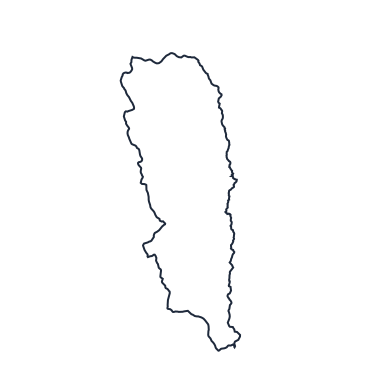 Algeciras, Huila, Colombia (Albers equal-area conic projection), rotated 130°
{"feature_id": "7082276B40300003971845", "entity_name": "Algeciras", "entity_type": "district", "adm_level": 2, "iso_a3": "COL", "parent_name": "Colombia", "parent_adm1": "Huila", "projection": "albers", "projection_center": [-75.312, 2.512], "detail": "fine", "context": "isolated", "style": "outline", "palette": "slate", "viewbox_px": 384, "rotation_deg": 130, "n_neighbors": 0, "source": "geoboundaries", "source_scale": "gbopen_adm2", "svg_char_len": 6044}
<svg xmlns="http://www.w3.org/2000/svg" viewBox="0 0 384 384"><g transform="rotate(130 192 192)"><path d="M149.1,319.7L152.4,318.3L153.2,317.4L155.6,313.6L155.8,312.9L156.1,310.9L156.6,310.1L156.7,309.2L157.0,308.1L158.6,305.7L159.4,303.6L159.8,301.3L161.5,297.4L162.1,295.0L163.8,291.6L164.8,290.4L165.6,289.9L167.6,290.6L171.0,292.8L171.9,293.1L172.7,294.5L173.7,294.7L174.3,294.6L177.9,292.8L180.2,289.2L180.6,287.6L182.1,286.4L182.8,284.3L183.3,281.9L183.6,281.3L184.0,280.8L186.1,280.5L187.3,280.0L188.5,279.1L189.6,277.8L190.7,275.5L191.5,274.3L193.9,269.5L193.9,268.6L192.8,265.1L192.9,263.9L193.6,262.6L193.3,260.5L193.9,259.2L196.5,256.2L197.5,254.8L198.4,251.8L199.5,250.8L200.7,250.5L201.9,250.8L203.5,252.0L204.5,252.0L205.1,251.4L205.7,250.1L206.2,246.6L206.8,245.9L208.0,245.3L209.6,244.2L210.2,243.4L210.9,241.6L211.3,241.2L211.9,239.4L212.9,239.0L214.9,238.7L217.9,237.2L218.0,235.6L217.3,234.5L216.7,233.9L216.0,232.2L216.0,231.5L219.7,228.2L221.1,225.2L223.6,222.1L225.9,220.1L227.0,218.8L228.9,215.7L230.3,214.1L230.9,212.7L231.4,209.1L231.8,207.7L233.1,205.3L234.0,202.8L233.5,199.7L234.6,198.2L234.1,196.2L233.1,195.4L233.4,192.3L234.1,191.9L235.4,192.4L236.0,192.4L237.3,192.7L242.4,192.6L244.9,193.2L247.1,194.1L248.0,194.1L249.8,193.4L251.0,192.3L255.5,191.8L256.8,192.3L257.3,192.8L259.1,193.5L262.3,195.6L263.7,195.4L264.5,195.1L266.9,191.1L268.0,187.9L268.2,186.6L268.4,186.0L268.8,185.4L270.0,184.6L270.2,183.9L268.2,182.8L266.9,181.6L265.9,181.2L264.9,181.1L264.5,180.9L264.0,180.3L264.3,179.0L265.4,176.9L267.7,175.4L268.8,173.1L269.1,171.8L271.3,168.9L271.5,168.0L271.4,166.3L271.6,165.8L272.1,165.2L277.0,162.0L277.5,161.3L277.3,158.6L279.8,157.6L280.3,157.1L280.6,156.4L281.0,152.3L282.1,151.2L282.5,150.3L282.1,148.7L282.1,147.9L282.6,146.1L282.6,145.3L282.9,144.8L284.0,143.9L290.2,141.0L294.4,137.9L295.1,137.1L296.3,136.5L297.0,135.9L297.0,135.4L295.8,133.3L295.7,131.7L296.1,130.3L296.1,129.4L295.3,128.6L294.2,127.9L292.8,126.0L292.5,125.3L290.0,122.4L288.3,121.1L285.7,118.8L286.0,113.9L285.5,112.6L285.2,110.1L284.0,108.0L283.4,107.5L282.0,104.1L281.6,101.8L281.9,99.4L283.0,94.5L284.2,93.0L286.9,90.5L287.9,90.1L291.1,87.7L291.9,86.5L292.3,83.7L293.5,81.3L293.7,79.1L294.1,77.4L294.8,75.6L296.0,73.8L296.3,72.9L296.6,69.8L295.9,69.3L293.7,69.0L293.2,68.8L291.0,66.8L289.9,66.1L288.6,65.6L286.8,65.6L286.1,65.4L284.6,63.5L283.9,63.3L283.2,62.8L282.6,62.7L282.4,62.3L282.5,61.6L282.8,60.5L283.5,60.0L283.6,59.6L282.4,59.9L280.9,62.2L279.8,62.7L278.9,62.9L275.5,61.5L271.9,62.3L270.6,63.3L270.3,67.6L271.5,69.5L270.0,71.4L269.8,72.5L269.2,73.9L270.9,76.4L270.8,77.3L269.1,80.6L265.0,82.0L263.3,82.9L261.9,84.2L260.2,86.6L259.8,87.5L259.2,87.9L257.6,88.2L254.2,90.3L253.1,90.2L251.7,90.4L251.1,91.0L250.4,92.7L250.3,94.3L249.7,95.1L249.7,96.2L249.0,97.8L248.3,98.3L247.1,98.6L245.4,97.9L242.5,98.7L239.9,101.5L240.4,103.2L240.0,103.7L237.2,104.9L236.1,105.7L236.2,106.3L235.3,107.2L234.0,107.9L231.6,109.8L230.2,110.4L229.1,111.5L228.5,111.7L223.4,111.9L222.9,113.2L222.3,114.1L221.8,117.8L219.9,118.0L218.0,119.0L216.4,119.4L214.4,120.4L213.0,120.7L211.8,120.6L210.8,121.0L210.4,122.7L210.0,123.2L210.5,124.9L210.2,125.9L209.6,126.0L208.2,127.5L207.6,128.0L206.8,127.9L205.5,128.0L203.4,128.6L202.9,129.3L201.0,129.6L200.6,129.9L200.2,130.8L199.3,131.2L197.8,132.3L196.9,132.7L196.1,133.9L196.0,134.8L194.9,136.1L195.3,137.5L195.2,137.9L195.0,138.3L193.4,139.8L193.3,140.6L193.1,140.8L191.7,140.8L189.9,141.9L189.4,142.5L189.1,143.8L187.7,144.9L186.7,145.3L185.9,146.9L184.6,147.9L184.6,148.3L184.9,148.7L184.7,149.0L185.0,149.3L184.9,149.9L186.2,150.8L185.8,151.9L186.1,152.8L185.9,153.5L185.1,153.2L184.1,153.7L183.7,154.4L182.7,154.7L181.0,154.6L180.4,155.1L180.1,155.7L178.9,156.3L178.4,157.2L176.8,157.6L175.7,158.3L175.5,158.8L174.7,158.9L174.0,158.6L173.1,159.6L171.3,160.5L171.4,160.8L170.9,161.7L169.7,162.5L169.3,163.2L168.1,163.7L167.6,164.2L167.0,164.4L166.4,164.3L165.3,163.8L163.5,163.8L162.8,163.5L161.2,163.1L160.5,163.6L159.9,164.7L159.2,164.7L157.8,165.1L156.9,164.8L155.5,164.7L154.7,165.0L153.8,165.6L154.5,166.8L154.5,167.6L154.8,167.8L154.8,168.2L154.9,169.4L154.2,170.1L153.8,171.1L154.4,171.9L152.9,171.6L152.6,171.7L152.5,172.0L152.7,172.5L151.5,172.5L151.6,173.0L151.0,174.2L150.0,174.9L150.1,175.5L149.7,176.3L149.4,177.7L148.9,178.6L148.9,179.6L147.9,179.9L147.7,180.3L147.0,180.7L146.0,180.7L145.4,181.0L144.7,181.6L144.4,182.2L144.4,183.2L144.6,183.5L144.3,184.7L144.2,185.6L144.0,186.5L143.2,187.5L143.0,188.0L142.5,188.3L141.8,189.1L141.2,189.2L140.3,190.2L138.9,191.2L137.8,191.1L136.2,191.8L135.0,192.1L133.2,193.2L131.8,193.6L131.7,194.0L130.4,195.1L129.1,196.6L129.0,197.2L129.3,198.3L128.8,199.7L128.1,201.0L127.5,201.8L125.9,202.9L125.6,203.5L125.0,204.2L124.4,205.5L123.6,206.1L123.3,207.0L122.2,207.3L122.0,207.7L122.1,208.2L121.5,208.8L121.2,211.2L120.7,212.5L119.1,214.6L118.5,215.1L117.4,215.5L116.4,215.6L115.4,216.0L113.9,217.2L113.0,218.3L112.5,219.7L110.6,220.9L110.2,221.6L110.2,222.4L109.7,223.6L109.7,224.5L110.0,225.6L109.1,226.2L106.5,227.6L106.5,229.1L105.9,230.1L103.1,231.6L100.5,231.2L98.9,231.5L98.2,232.2L98.4,233.7L98.2,235.3L97.7,236.4L96.5,237.8L95.2,238.5L94.8,239.0L94.7,240.2L94.9,241.3L95.9,243.0L96.3,244.1L96.4,246.7L94.6,249.8L94.3,251.6L94.0,252.3L92.9,253.7L92.3,255.0L91.5,255.9L91.8,257.0L91.9,257.9L91.0,262.0L89.4,264.9L89.4,266.0L89.7,267.3L88.7,268.9L88.2,270.9L87.2,271.5L87.0,272.5L87.3,276.7L89.3,279.0L89.7,280.1L90.8,281.2L91.3,282.2L92.2,285.2L93.0,286.0L95.8,286.7L97.2,288.8L97.7,290.9L97.5,294.0L98.3,296.3L99.1,297.3L99.7,297.7L101.3,298.1L104.1,299.3L108.8,299.6L111.6,299.4L114.4,300.1L115.3,300.8L116.2,301.8L116.7,303.5L117.1,306.1L117.0,307.3L117.3,308.8L117.7,309.5L118.3,310.1L121.3,312.0L121.8,313.0L122.4,316.8L124.7,320.7L126.5,322.9L126.8,324.4L129.7,323.3L131.5,321.9L133.4,321.5L135.6,317.5L136.5,316.7L137.9,316.4L139.2,316.3L140.7,316.5L142.3,317.8L142.5,318.1L142.4,318.6L143.2,319.7L144.2,320.4L145.2,320.8L146.4,320.7L147.5,320.0L149.1,319.7Z" fill="none" stroke="#1e293b" stroke-width="2"/></g></svg>